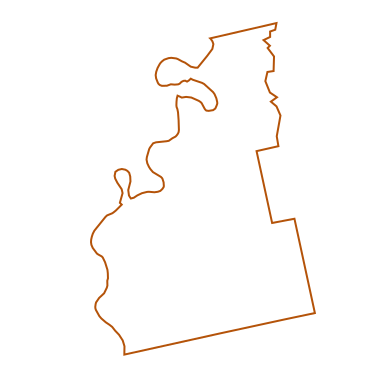 the district of Phillips, Arkansas, United States of America, rotated 167°
{"feature_id": "52423323B7472749595525", "entity_name": "Phillips", "entity_type": "district", "adm_level": 2, "iso_a3": "USA", "parent_name": "United States of America", "parent_adm1": "Arkansas", "projection": "equal_earth", "projection_center": [-90.79, 34.382], "detail": "fine", "context": "isolated", "style": "outline", "palette": "amber", "viewbox_px": 384, "rotation_deg": 167, "n_neighbors": 0, "source": "geoboundaries", "source_scale": "gbopen_adm2", "svg_char_len": 2387}
<svg xmlns="http://www.w3.org/2000/svg" viewBox="0 0 384 384"><g transform="rotate(167 192 192)"><path d="M294.5,48.8L195.7,47.9L129.4,47.0L99.5,46.4L98.2,142.9L120.9,143.8L119.9,217.3L97.5,217.2L96.9,227.2L88.6,246.6L90.4,256.4L94.8,262.3L87.9,265.2L93.7,271.4L95.6,283.5L91.5,292.0L85.3,291.5L81.6,305.6L85.9,315.3L83.2,317.0L88.1,323.9L81.0,325.5L79.8,330.8L74.4,331.4L71.7,337.6L139.7,337.6L139.3,337.0L138.2,334.2L137.9,331.3L140.0,326.8L146.7,321.1L158.5,311.9L161.1,312.5L165.0,314.4L169.7,319.6L172.3,321.5L176.0,324.8L177.4,325.7L182.0,327.4L184.7,327.7L189.3,327.2L191.7,326.1L193.6,324.9L194.9,323.7L197.7,320.5L199.8,317.2L201.1,314.1L201.4,310.8L200.7,306.1L200.2,304.7L199.2,303.4L197.4,302.2L192.5,301.2L188.4,301.7L184.7,300.5L181.2,300.0L179.7,300.3L177.4,301.7L175.3,302.2L173.6,302.0L172.0,300.7L169.9,301.4L167.7,302.7L166.0,301.2L157.7,296.1L155.9,294.5L149.0,284.6L148.0,282.2L147.2,277.8L147.2,273.9L147.5,272.4L148.7,270.5L150.5,268.1L153.0,267.0L157.5,267.3L159.7,268.1L160.2,268.7L160.9,270.1L162.6,276.4L163.4,277.7L164.9,279.3L171.4,284.2L176.4,286.0L180.7,286.3L182.3,287.6L184.4,289.1L185.7,286.7L186.8,283.4L187.7,280.0L187.9,278.3L187.6,276.1L187.7,272.8L188.9,265.0L190.8,255.4L191.6,253.3L192.6,252.0L194.2,250.6L195.6,249.7L199.0,248.8L203.1,247.1L205.4,247.2L215.9,248.5L218.9,248.2L223.0,244.7L224.1,243.4L228.1,236.2L229.0,233.8L229.1,230.0L228.3,226.2L227.4,223.7L225.6,220.2L218.9,213.7L218.1,212.4L217.8,211.5L217.5,207.8L218.1,204.1L218.6,203.1L220.2,201.6L222.6,200.2L225.2,199.9L228.7,200.2L233.9,201.9L235.7,202.2L241.0,202.1L246.0,201.0L250.0,199.5L253.0,199.4L253.6,200.9L254.2,202.8L253.7,208.2L249.6,216.1L248.7,221.0L248.9,224.9L250.2,227.1L251.9,228.7L255.2,230.2L258.8,230.2L262.1,228.9L263.2,226.4L263.8,225.1L263.8,222.3L262.6,217.6L262.4,217.1L259.9,210.6L259.9,206.5L264.7,197.7L263.3,195.5L270.5,191.0L273.2,189.7L274.5,189.2L280.0,188.3L281.9,187.2L295.8,176.3L298.0,173.7L299.7,170.9L300.9,168.4L301.7,165.8L301.9,163.1L301.3,159.8L298.5,153.4L297.3,152.1L294.5,149.6L293.7,148.3L292.5,143.1L291.9,135.2L292.3,131.8L292.9,128.8L293.3,126.8L294.5,124.6L295.5,119.8L296.6,117.8L300.4,113.1L306.3,109.7L310.3,106.0L311.1,104.5L312.1,101.8L312.3,100.3L312.2,98.8L310.2,91.9L308.8,89.2L305.3,84.4L302.3,81.2L300.1,78.5L298.1,74.2L295.2,69.3L292.9,62.9L292.5,56.9L294.5,48.8Z" fill="none" stroke="#b45309" stroke-width="2"/></g></svg>